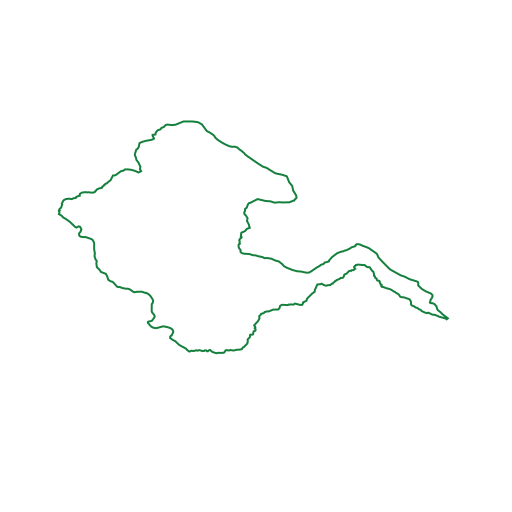 outline of Leiva, Nariño, Colombia, rotated 107°
{"feature_id": "7082276B29262956514041", "entity_name": "Leiva", "entity_type": "district", "adm_level": 2, "iso_a3": "COL", "parent_name": "Colombia", "parent_adm1": "Nariño", "projection": "equal_earth", "projection_center": [-77.3, 1.978], "detail": "fine", "context": "isolated", "style": "outline", "palette": "green", "viewbox_px": 512, "rotation_deg": 107, "n_neighbors": 0, "source": "geoboundaries", "source_scale": "gbopen_adm2", "svg_char_len": 6122}
<svg xmlns="http://www.w3.org/2000/svg" viewBox="0 0 512 512"><g transform="rotate(107 256 256)"><path d="M259.5,54.3L257.4,60.1L255.7,63.4L254.6,66.3L253.5,67.4L251.3,68.7L249.8,71.3L249.5,73.1L250.0,75.0L249.9,75.8L249.4,76.2L247.9,76.0L246.9,76.3L244.7,75.5L242.7,75.4L241.6,76.0L240.7,77.9L240.2,83.2L239.0,87.9L236.7,92.3L234.2,93.0L233.5,93.6L233.3,94.7L233.3,102.3L232.3,107.6L232.2,111.9L229.8,123.1L229.2,124.8L223.7,134.9L221.6,138.4L218.8,140.8L218.1,142.4L215.6,150.0L215.2,152.9L215.1,156.8L214.6,160.0L214.9,162.2L215.5,163.3L216.3,163.9L216.8,163.7L217.7,164.1L219.8,167.2L221.4,168.4L224.1,171.3L225.0,172.9L226.1,174.0L226.8,175.6L229.6,179.2L234.6,182.8L238.8,184.8L239.6,184.6L240.0,184.8L242.2,188.4L243.8,189.0L245.5,191.4L246.9,192.2L249.0,194.3L254.6,198.8L256.3,200.4L256.9,201.8L257.3,203.5L257.7,208.4L258.6,212.4L258.7,217.6L258.2,223.1L257.5,226.5L256.2,228.3L254.5,232.7L254.7,235.7L254.1,240.8L254.6,244.5L255.6,247.3L255.1,249.5L255.6,253.9L255.5,256.3L256.2,259.6L256.0,261.9L256.3,264.0L257.3,268.1L257.4,269.9L257.2,270.9L256.5,272.1L254.9,272.4L253.6,274.3L252.0,275.5L250.2,275.9L248.9,275.0L248.4,275.6L246.8,275.8L245.8,276.7L243.6,276.1L243.0,275.3L242.5,275.2L241.9,275.5L241.7,276.2L238.4,276.8L238.0,276.8L235.4,273.8L232.7,272.7L230.9,270.2L229.4,271.3L228.1,271.9L225.1,274.9L222.4,275.1L220.3,277.4L219.4,279.2L218.0,280.0L216.2,279.7L214.2,280.2L212.5,279.0L208.9,278.8L207.7,278.3L207.2,277.8L207.0,277.2L201.1,271.1L200.6,262.9L199.5,258.2L199.6,253.9L197.7,249.3L197.1,246.5L194.9,239.8L192.0,236.3L191.9,235.7L190.5,235.3L188.7,234.3L187.2,234.8L185.9,235.7L182.8,239.4L178.4,241.9L175.7,245.9L171.0,249.6L170.7,250.4L170.7,255.3L171.2,260.4L171.1,262.4L168.6,271.8L168.6,275.2L167.1,280.7L163.3,292.7L161.9,296.4L161.2,297.1L159.7,300.6L158.8,303.3L157.7,305.5L157.7,308.5L158.6,310.8L158.8,313.6L158.2,318.4L157.4,322.0L156.2,326.3L154.9,329.3L153.5,330.8L152.7,332.2L151.6,335.8L150.9,339.6L146.0,346.1L145.1,349.8L145.1,351.6L146.0,356.3L148.5,364.6L154.0,371.4L155.4,374.6L156.2,379.1L157.3,380.8L159.5,381.8L161.2,383.9L162.8,384.3L164.2,386.4L165.1,387.1L167.3,387.9L169.2,387.7L170.4,390.3L171.6,389.8L172.7,388.5L173.6,387.9L174.8,389.0L175.8,390.5L178.1,395.1L180.5,398.7L182.2,400.4L185.6,400.0L187.8,400.4L189.4,401.6L194.2,401.6L195.4,401.1L196.2,400.2L199.2,398.3L201.1,395.6L204.6,392.6L206.8,392.4L208.5,390.7L210.5,392.8L210.0,396.2L210.0,400.1L210.6,403.6L211.5,406.6L213.1,407.7L214.3,409.9L219.5,413.7L220.3,414.8L220.8,416.3L226.0,417.2L228.9,419.3L230.1,419.7L230.4,420.4L231.3,421.3L232.1,421.4L232.8,422.2L233.7,422.3L234.7,423.3L235.9,423.3L237.3,425.9L239.0,427.7L240.3,428.1L241.0,428.7L242.0,428.9L242.9,430.1L243.7,432.5L243.9,434.5L244.6,436.1L244.7,437.5L246.2,440.9L248.1,442.6L250.0,442.2L250.3,443.1L251.6,444.6L252.5,445.4L253.3,445.4L254.1,447.4L255.3,448.6L255.8,450.0L255.7,451.3L257.1,454.3L258.4,455.9L260.5,456.8L261.3,456.7L262.6,457.0L263.3,456.4L266.6,456.5L268.5,457.6L269.6,457.7L269.9,457.1L270.6,457.7L272.0,456.6L273.6,456.7L274.3,453.7L275.6,451.4L276.1,449.0L277.7,444.1L281.1,437.4L281.3,436.1L279.5,434.2L279.5,432.8L281.5,430.8L284.1,430.9L285.5,431.6L286.6,431.7L288.1,431.0L288.6,430.2L288.8,429.1L288.4,426.4L287.7,424.6L287.9,418.7L288.3,417.1L289.9,415.3L291.1,414.5L296.7,412.8L300.8,410.8L303.3,410.4L306.1,408.5L307.4,406.8L309.8,406.5L313.2,404.9L314.8,401.8L316.6,399.5L316.9,394.5L319.0,392.3L321.9,390.4L322.7,387.6L322.6,385.8L322.9,384.9L326.0,379.8L325.9,378.3L325.5,377.2L325.7,374.3L325.3,370.7L324.8,369.3L324.7,367.7L325.3,365.1L326.0,363.6L326.2,361.7L325.0,359.3L323.5,354.6L323.7,352.3L323.4,350.3L323.6,350.2L323.7,348.0L325.2,345.1L327.4,342.5L328.7,341.3L330.6,341.0L332.5,341.6L339.1,339.7L340.3,338.9L342.0,336.3L343.4,335.2L344.3,335.2L348.2,336.5L349.1,337.7L350.2,339.7L350.8,340.1L351.5,339.9L354.1,335.8L354.6,333.1L354.2,330.3L350.6,324.6L350.2,323.1L349.9,319.7L350.0,316.5L350.5,315.1L351.5,313.6L352.8,312.9L356.6,313.4L357.3,314.1L358.2,314.5L359.5,314.2L360.5,311.5L361.1,308.2L363.1,304.3L363.7,302.6L365.1,295.7L366.1,294.3L366.9,291.8L365.4,290.0L365.4,289.0L364.7,287.1L363.6,285.6L363.7,284.4L362.6,282.7L362.5,279.2L361.9,277.8L361.1,277.2L360.9,276.5L360.9,275.8L361.4,275.1L361.3,274.3L359.8,273.3L359.3,272.5L360.5,269.7L360.6,266.0L360.4,265.0L359.7,264.0L358.6,260.2L357.9,258.5L356.2,257.6L355.3,257.6L354.6,256.8L354.3,254.3L353.4,253.0L353.0,249.9L351.2,246.8L350.4,244.4L349.2,242.3L347.5,241.9L346.5,240.9L342.2,238.7L340.0,238.9L338.3,239.6L335.3,238.1L333.3,238.6L332.7,238.1L332.6,237.2L331.8,235.9L328.8,236.3L327.7,234.8L326.2,234.9L325.4,236.2L324.2,235.8L322.8,237.5L317.6,235.0L314.6,234.4L313.5,235.1L312.5,235.3L311.1,234.4L309.8,234.2L308.4,231.9L307.1,231.4L306.6,230.4L305.8,229.5L305.3,227.6L302.3,224.0L300.6,219.0L298.9,218.3L296.8,218.4L295.5,217.4L295.0,216.6L293.7,211.4L292.9,210.6L292.8,209.7L292.2,208.9L291.6,206.1L290.1,204.8L289.9,199.8L289.3,197.6L287.6,197.2L286.7,197.5L284.1,194.7L281.6,194.6L275.3,191.2L273.0,189.4L271.4,189.8L265.3,189.0L263.9,185.7L263.3,185.1L263.9,182.9L264.0,180.7L263.4,179.3L262.9,178.8L262.1,176.5L260.3,175.4L259.9,174.5L259.0,174.3L257.8,173.3L257.0,173.1L256.4,172.3L255.6,172.0L253.6,169.5L252.2,168.6L251.9,167.3L251.1,166.4L249.5,166.0L248.0,166.1L246.2,164.1L243.3,162.7L242.8,162.1L242.5,160.8L241.8,160.6L240.9,158.5L239.7,158.0L239.2,157.4L238.0,159.0L236.8,158.7L236.0,157.8L235.4,157.8L234.3,155.7L233.3,150.7L232.9,149.6L234.1,146.4L233.5,144.1L236.1,140.8L236.8,139.1L239.5,137.5L240.4,137.4L240.7,136.4L241.9,135.7L242.3,134.1L243.5,133.5L244.0,132.7L243.7,131.0L244.2,130.2L245.5,129.8L245.8,128.9L247.0,128.4L247.1,127.2L248.4,127.2L248.7,126.8L248.5,125.3L248.7,120.8L248.5,119.4L248.7,117.0L249.7,113.5L249.7,112.5L250.3,111.5L250.6,109.5L251.2,108.0L252.7,106.3L252.8,105.4L252.8,104.5L252.3,102.6L252.5,96.5L254.3,94.5L256.7,93.7L257.7,92.8L257.9,90.4L258.6,88.1L258.5,86.4L259.3,84.7L259.3,82.9L260.2,81.6L260.7,77.8L260.6,75.6L259.8,74.5L260.5,70.3L259.9,67.2L260.2,66.3L260.1,64.8L260.5,63.9L260.3,56.5L260.8,55.1L259.5,54.3Z" fill="none" stroke="#15803d" stroke-width="2"/></g></svg>